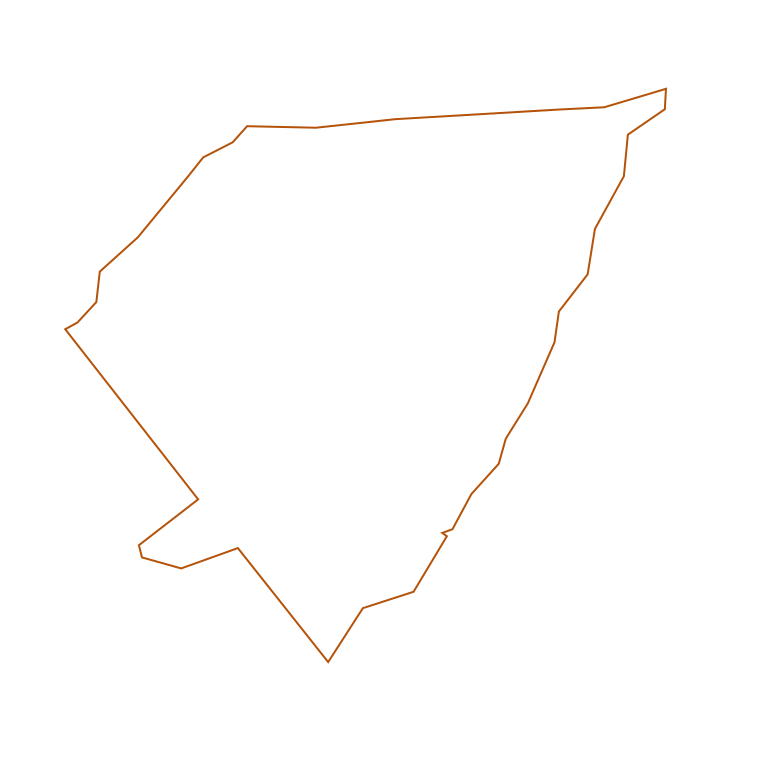 Bamberg, South Carolina, United States of America (Albers equal-area conic projection), rotated 84°
{"feature_id": "52423323B84288855823535", "entity_name": "Bamberg", "entity_type": "district", "adm_level": 2, "iso_a3": "USA", "parent_name": "United States of America", "parent_adm1": "South Carolina", "projection": "albers", "projection_center": [-81.054, 33.233], "detail": "fine", "context": "isolated", "style": "outline", "palette": "amber", "viewbox_px": 768, "rotation_deg": 84, "n_neighbors": 0, "source": "geoboundaries", "source_scale": "gbopen_adm2", "svg_char_len": 606}
<svg xmlns="http://www.w3.org/2000/svg" viewBox="0 0 768 768"><g transform="rotate(84 384 384)"><path d="M119.9,72.7L131.8,136.1L129.2,183.7L121.8,345.0L122.0,425.0L113.3,493.2L127.8,509.2L139.7,540.1L156.5,556.6L212.4,613.5L242.5,654.9L272.4,661.5L290.8,682.4L296.2,695.3L479.3,580.9L518.7,644.6L531.2,642.8L546.2,605.0L531.9,546.5L654.7,468.6L604.7,428.4L593.7,376.3L542.0,337.4L538.2,341.6L535.6,331.1L502.6,308.6L475.3,278.2L451.1,268.6L418.3,243.0L360.4,210.1L330.2,202.5L296.2,170.0L251.8,158.0L202.4,123.7L161.5,115.4L140.1,76.0L119.9,72.7Z" fill="none" stroke="#b45309" stroke-width="2"/></g></svg>